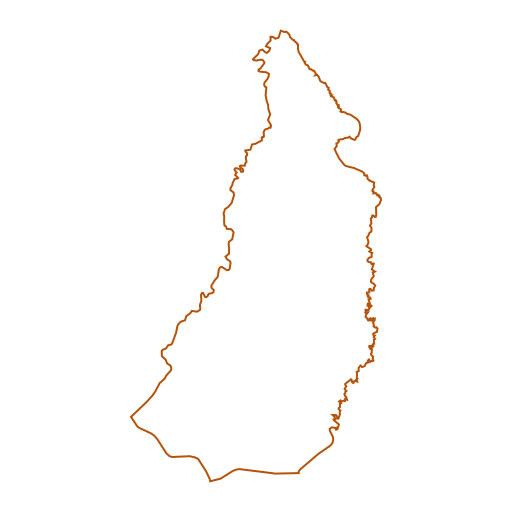 Sam Chai, Kalasin, Thailand
{"feature_id": "78962969B80615329073531", "entity_name": "Sam Chai", "entity_type": "district", "adm_level": 2, "iso_a3": "THA", "parent_name": "Thailand", "parent_adm1": "Kalasin", "projection": "orthographic", "projection_center": [103.555, 16.912], "detail": "fine", "context": "isolated", "style": "outline", "palette": "amber", "viewbox_px": 512, "rotation_deg": 0, "n_neighbors": 0, "source": "geoboundaries", "source_scale": "gbopen_adm2", "svg_char_len": 6049}
<svg xmlns="http://www.w3.org/2000/svg" viewBox="0 0 512 512"><path d="M286.3,31.7L284.3,32.0L280.8,30.7L278.5,37.7L275.3,38.7L273.1,36.9L270.5,36.8L270.6,40.5L267.3,43.8L266.0,46.3L270.2,48.1L269.2,50.9L266.8,52.9L264.7,51.8L262.5,49.6L259.4,50.6L258.2,54.1L253.0,59.2L253.6,60.1L256.6,60.5L260.9,59.6L262.7,60.1L264.3,62.1L264.4,63.1L260.4,68.5L258.7,69.5L258.4,70.8L259.9,71.6L266.3,72.3L269.0,73.9L268.6,76.5L267.3,79.2L264.6,82.5L264.1,84.6L264.8,86.5L266.4,87.3L265.6,95.3L266.7,101.0L268.1,104.9L268.4,109.1L270.2,114.5L268.0,120.0L270.9,125.0L270.9,126.5L270.5,127.7L269.5,127.4L268.3,128.5L265.3,129.4L264.2,130.8L263.6,132.4L264.0,136.2L263.3,137.2L262.4,136.9L261.7,137.6L261.9,140.4L255.6,143.7L252.0,144.5L250.4,149.7L245.3,150.5L245.6,151.7L247.2,153.5L247.0,155.3L246.1,156.1L245.8,158.0L246.5,161.9L245.3,163.4L244.7,165.7L240.5,165.6L239.8,166.1L240.1,167.0L243.0,169.4L243.3,170.7L242.9,171.7L241.1,171.8L240.2,169.5L237.1,168.3L235.4,168.2L234.5,169.3L234.8,170.4L236.7,172.5L235.1,174.9L238.2,177.9L237.8,178.4L234.6,179.0L232.7,182.9L232.4,184.8L230.5,188.3L230.4,190.1L233.6,192.5L234.0,195.3L231.7,202.9L228.3,206.9L225.0,209.2L223.6,213.4L224.2,216.5L224.1,221.9L224.5,225.5L225.9,226.4L226.9,228.9L230.8,229.1L232.3,230.3L233.6,232.4L232.2,239.3L228.9,241.9L228.6,244.7L229.1,247.6L229.0,253.7L225.5,256.6L227.1,259.3L229.8,261.0L230.6,262.6L229.6,269.0L228.5,270.0L226.8,270.1L221.8,266.9L220.0,267.4L218.9,269.4L217.7,276.9L214.7,280.3L211.4,285.7L211.5,287.8L213.8,290.1L213.5,292.0L212.3,293.0L208.6,293.9L207.5,296.3L206.1,297.2L205.1,297.0L203.1,293.0L201.9,293.1L201.0,295.1L201.4,300.8L199.9,305.0L200.3,308.7L199.9,310.0L197.0,311.7L191.8,310.9L190.4,313.1L186.3,316.1L185.0,320.3L180.8,321.7L178.3,324.2L177.4,326.1L176.1,332.7L172.0,343.8L171.2,344.5L168.1,345.3L166.0,348.5L162.6,349.8L161.7,351.2L161.9,356.2L165.7,359.8L167.1,363.4L170.6,365.7L171.3,368.3L171.0,370.3L166.3,375.5L164.6,378.7L159.7,383.1L155.3,391.5L152.4,395.6L146.6,402.0L131.0,416.9L137.4,426.5L139.1,427.8L151.0,433.4L154.1,435.5L157.3,439.2L166.4,453.3L169.6,456.2L172.3,457.0L189.6,456.2L195.0,457.4L198.2,459.0L206.3,471.7L209.7,478.9L210.2,481.3L220.7,478.6L232.4,471.2L235.8,469.7L239.5,469.1L275.5,473.6L298.7,473.1L298.7,471.5L300.2,469.4L318.1,454.1L330.2,445.7L332.3,443.3L333.2,440.0L333.0,437.1L329.8,430.6L329.7,428.8L331.9,427.3L335.2,427.9L336.0,429.7L337.5,429.1L337.7,428.6L336.9,427.6L338.3,426.8L338.9,424.4L333.7,420.1L333.6,419.4L334.9,419.3L335.1,418.8L334.6,416.8L332.7,415.0L336.2,415.1L337.3,417.3L336.9,418.5L338.4,418.7L339.9,414.3L339.7,412.4L340.4,410.4L338.8,409.4L338.6,408.2L340.0,407.0L339.9,403.8L341.0,403.3L339.1,401.5L340.5,400.4L341.5,401.5L343.5,400.7L345.1,401.0L345.2,398.9L347.0,399.6L346.2,396.9L344.9,395.7L344.4,394.1L345.2,393.3L345.3,391.8L346.4,391.0L344.6,388.9L346.3,386.1L345.2,384.8L345.3,383.8L351.0,379.3L351.7,379.9L351.9,381.9L353.1,383.0L353.7,382.7L353.6,381.8L354.1,381.3L355.4,381.0L357.2,381.6L357.0,380.7L356.1,379.9L357.5,378.8L356.8,378.0L357.1,374.7L356.7,371.8L358.6,371.2L358.6,368.0L360.5,365.5L362.1,367.1L364.6,366.1L366.1,363.1L368.0,362.6L367.6,361.3L368.7,359.5L369.2,359.6L369.3,361.3L370.1,362.0L371.4,360.9L373.0,361.1L373.4,360.5L372.6,358.5L373.2,356.8L371.2,354.9L371.0,353.8L371.7,352.9L371.9,349.2L370.4,349.0L370.2,347.9L369.3,347.4L369.3,346.0L371.2,345.8L372.0,347.2L373.4,346.3L372.8,344.7L373.0,344.1L374.2,343.8L373.8,339.9L375.1,338.9L373.7,337.2L374.8,335.6L373.6,335.6L373.1,334.0L374.2,333.0L376.9,331.9L377.5,328.6L376.5,327.3L375.2,327.6L373.6,326.4L374.0,325.9L373.1,322.4L374.6,320.4L374.8,318.6L373.9,318.8L373.5,318.1L372.4,318.5L372.3,320.4L371.7,320.7L370.7,320.4L371.1,319.5L370.2,318.3L369.3,318.9L369.2,320.4L368.2,320.5L367.1,318.3L365.5,316.8L366.3,314.3L368.0,312.3L367.2,312.3L365.9,313.4L365.3,312.4L366.2,311.3L365.4,310.1L365.6,309.7L368.5,310.1L369.3,308.6L369.0,307.5L370.1,307.4L371.5,305.9L370.2,305.0L368.3,306.3L367.5,305.6L367.8,303.6L369.9,303.6L368.5,299.3L370.6,298.7L369.9,297.4L367.8,296.7L368.5,295.2L367.4,295.0L366.8,293.0L367.1,292.4L368.5,292.6L369.5,291.9L369.1,289.8L369.5,288.9L370.5,288.9L372.0,290.7L373.7,290.4L373.8,288.0L375.3,285.6L373.6,283.7L371.1,282.2L370.9,281.5L371.2,279.5L373.8,276.1L372.7,272.5L375.0,271.6L371.8,269.4L373.8,263.7L373.1,263.4L371.6,264.1L370.7,262.1L368.8,262.1L367.5,261.1L367.4,260.1L368.8,257.9L371.6,256.9L371.6,254.0L372.3,253.0L369.3,251.5L371.0,249.9L371.0,249.2L366.4,246.2L367.7,244.6L368.5,242.1L367.1,237.1L368.5,235.5L369.4,232.9L371.4,231.5L371.5,227.8L369.9,225.6L371.4,223.4L370.9,218.5L372.0,217.5L372.2,215.6L373.4,215.5L374.8,217.0L375.7,216.9L376.3,214.6L376.0,207.1L379.4,204.1L381.0,200.0L380.7,198.0L379.6,197.6L379.8,196.6L379.0,196.3L379.1,195.5L377.6,195.4L378.0,194.8L376.3,193.9L375.9,193.1L375.3,193.4L374.3,192.8L373.4,193.3L373.5,191.3L372.5,191.2L372.3,190.2L374.4,186.8L373.7,185.6L374.2,182.5L369.4,180.6L369.5,180.2L368.1,179.4L367.4,178.4L367.6,177.5L367.2,176.1L366.1,175.8L366.4,175.4L364.3,175.2L364.2,173.2L361.8,171.4L353.9,168.0L345.9,166.0L344.5,165.1L339.1,158.4L334.5,149.1L336.8,145.9L336.4,143.5L337.6,143.0L338.9,141.5L338.3,140.2L338.6,139.7L343.1,139.1L344.9,138.0L347.9,137.7L349.6,136.7L351.0,138.4L354.5,139.9L355.3,139.6L356.4,137.1L358.2,136.0L360.0,130.2L360.3,127.8L359.6,123.3L358.7,121.2L356.9,119.1L350.7,114.8L346.5,113.6L345.7,112.6L342.4,111.9L341.4,112.2L340.6,111.4L341.1,111.0L340.8,109.1L338.3,107.8L337.9,106.3L338.8,106.2L338.6,104.9L337.7,105.0L336.4,103.4L336.6,102.3L336.0,101.7L336.4,101.2L335.5,99.9L334.6,100.1L333.9,97.4L331.0,96.3L330.7,95.8L331.6,95.2L330.7,95.0L330.1,93.6L330.6,93.3L329.5,92.6L329.8,91.0L328.1,89.6L328.8,88.0L327.2,86.8L325.3,82.9L324.1,83.1L320.4,81.2L318.6,76.6L317.2,74.8L315.3,75.3L316.1,74.1L314.1,70.7L312.7,70.6L311.2,69.3L309.5,69.1L308.0,65.5L305.7,64.5L304.7,62.8L305.1,61.9L304.1,61.4L298.6,51.8L298.0,48.7L298.0,44.7L297.2,44.0L297.3,43.5L294.6,41.2L294.3,40.3L292.8,39.8L289.9,36.9L289.6,35.1L288.4,33.5L286.3,31.7Z" fill="none" stroke="#b45309" stroke-width="2"/></svg>